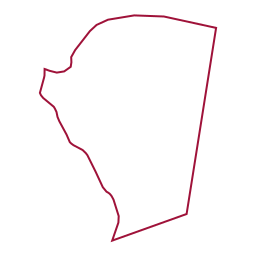 SVG path tracing the border of Saint James
{"feature_id": "JAM-1374", "entity_name": "Saint James", "entity_type": "Parish", "adm_level": 1, "iso_a3": "JAM", "parent_name": "Jamaica", "parent_adm1": "", "projection": "albers", "projection_center": [-77.932, 18.36], "detail": "fine", "context": "isolated", "style": "outline", "palette": "rose", "viewbox_px": 256, "rotation_deg": 0, "n_neighbors": 0, "source": "natural_earth", "source_scale": "10m", "svg_char_len": 617}
<svg xmlns="http://www.w3.org/2000/svg" viewBox="0 0 256 256"><path d="M44.6,69.0L49.6,70.8L56.8,72.6L64.2,71.4L70.7,66.8L71.4,62.3L71.2,57.1L75.2,50.0L89.9,31.1L96.6,24.9L108.0,19.7L134.2,15.4L163.9,16.5L216.1,27.9L215.9,29.1L186.6,214.0L112.2,240.6L118.4,222.6L118.7,216.1L113.5,199.6L111.6,196.1L110.6,194.8L109.5,193.6L108.1,192.6L106.5,191.7L102.8,187.2L95.7,171.9L87.4,155.2L85.8,153.1L82.6,150.0L73.5,145.2L71.2,143.5L69.8,142.1L66.6,134.7L59.3,121.2L57.5,116.9L56.5,112.0L54.9,108.6L53.8,106.8L43.2,98.0L41.0,95.3L39.9,92.9L44.1,77.5L44.5,75.5L44.6,69.0Z" fill="none" stroke="#9f1239" stroke-width="2"/></svg>